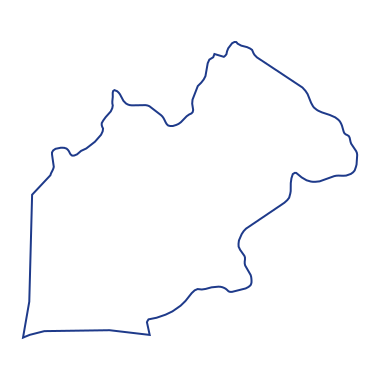 the border of Nakhon Nayok, rotated 2°
{"feature_id": "THA-409", "entity_name": "Nakhon Nayok", "entity_type": "Province", "adm_level": 1, "iso_a3": "THA", "parent_name": "Thailand", "parent_adm1": "", "projection": "albers", "projection_center": [101.238, 14.229], "detail": "fine", "context": "isolated", "style": "outline", "palette": "blue", "viewbox_px": 384, "rotation_deg": 2, "n_neighbors": 0, "source": "natural_earth", "source_scale": "10m", "svg_char_len": 2497}
<svg xmlns="http://www.w3.org/2000/svg" viewBox="0 0 384 384"><g transform="rotate(2 192 192)"><path d="M167.9,126.8L170.6,126.7L174.0,125.5L176.2,124.4L178.5,122.6L184.0,116.5L186.5,114.6L188.7,113.5L189.9,112.1L190.3,110.0L189.1,103.7L189.3,99.7L194.1,85.9L197.4,82.4L199.8,79.1L201.4,75.7L203.2,62.8L204.7,59.1L208.5,56.6L209.6,53.3L219.1,55.8L220.4,54.7L221.6,53.1L222.1,50.2L223.2,47.1L226.9,41.9L229.2,40.6L231.0,40.6L231.9,41.5L232.3,42.1L236.1,44.0L242.0,45.3L245.1,46.6L247.1,47.9L248.7,51.3L249.7,52.8L252.2,55.2L298.7,83.7L301.9,87.0L304.1,90.1L307.9,98.7L309.8,101.9L310.9,103.3L313.8,105.5L315.4,106.4L319.1,107.9L327.0,110.2L332.5,112.4L335.5,114.5L336.9,115.8L337.9,117.2L338.8,118.8L339.6,120.6L341.5,126.5L342.3,128.0L343.7,129.1L345.4,129.8L346.9,130.8L347.7,132.4L348.7,136.4L349.4,138.2L354.6,145.4L355.4,147.1L355.8,149.2L355.5,158.7L355.0,161.0L353.8,164.8L352.3,166.7L350.1,168.4L345.5,170.2L342.5,170.5L337.7,170.5L335.6,170.7L333.5,171.2L319.2,176.9L314.9,177.5L312.6,177.6L310.4,177.4L306.1,176.3L301.1,173.6L295.5,169.3L294.0,169.3L292.1,170.6L290.9,174.8L290.4,179.6L290.6,187.7L290.3,190.0L289.3,194.3L287.5,196.8L284.7,199.5L247.3,226.7L245.0,229.3L243.1,232.4L240.6,238.8L240.3,242.2L240.5,245.0L242.1,248.1L246.6,254.0L247.2,255.5L247.3,257.6L247.1,259.7L247.2,261.8L247.7,263.6L253.5,272.9L254.1,274.8L254.4,276.7L254.6,278.7L254.6,280.5L254.3,281.8L253.7,283.2L251.8,284.9L249.0,286.5L235.5,290.4L233.6,290.5L232.0,290.0L230.2,288.4L229.0,287.5L227.6,286.8L225.7,286.1L223.5,285.7L221.6,285.7L214.8,286.6L209.0,288.4L205.2,289.1L201.0,288.8L198.1,290.2L195.2,293.1L189.3,301.1L184.6,306.0L176.6,312.0L169.9,315.5L161.0,318.9L153.0,320.8L152.0,322.5L151.5,323.7L154.7,336.3L114.4,333.0L49.3,336.2L34.9,340.4L28.2,343.4L33.2,307.3L32.3,200.3L49.9,180.2L50.4,178.4L51.9,175.2L52.6,173.4L53.0,171.7L50.8,159.4L50.7,157.4L51.8,155.3L54.1,153.6L59.5,152.3L62.7,152.3L65.1,153.0L66.5,154.2L67.6,155.6L68.5,157.3L69.4,158.7L70.9,159.8L72.9,159.7L75.8,158.4L79.7,154.8L84.8,152.2L93.2,145.2L99.1,138.0L100.6,134.5L100.9,131.7L100.0,130.0L99.4,128.2L99.4,126.3L100.8,123.6L103.1,120.2L108.0,114.3L109.4,111.0L109.8,108.3L109.3,106.3L109.2,104.2L109.5,99.8L109.3,95.6L109.7,93.8L110.9,92.9L113.7,93.9L115.3,95.3L116.6,96.9L120.3,103.3L122.9,105.8L124.6,106.7L126.5,107.3L128.8,107.5L142.6,106.8L144.6,107.1L146.5,107.8L158.4,116.3L159.7,117.5L160.8,118.9L161.7,120.4L163.4,123.6L164.5,125.2L165.9,126.4L167.9,126.8Z" fill="none" stroke="#1e3a8a" stroke-width="2"/></g></svg>